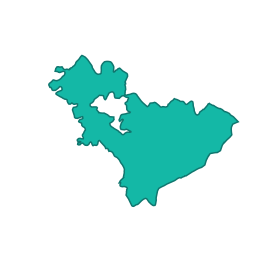 outline of Fayyum, Al Fayyum, Egypt, rotated 31°
{"feature_id": "37247803B48268032297871", "entity_name": "Fayyum", "entity_type": "district", "adm_level": 2, "iso_a3": "EGY", "parent_name": "Egypt", "parent_adm1": "Al Fayyum", "projection": "albers", "projection_center": [30.865, 29.3], "detail": "fine", "context": "isolated", "style": "filled", "palette": "teal", "viewbox_px": 256, "rotation_deg": 31, "n_neighbors": 0, "source": "geoboundaries", "source_scale": "gbopen_adm2", "svg_char_len": 5796}
<svg xmlns="http://www.w3.org/2000/svg" viewBox="0 0 256 256"><g transform="rotate(31 128 128)"><path d="M45.3,117.5L45.3,118.7L44.9,120.5L44.1,122.3L42.7,124.1L40.7,125.0L39.7,125.0L39.0,125.6L38.7,127.5L37.6,130.4L37.8,131.6L38.1,132.0L40.2,133.4L41.0,133.0L41.9,133.3L43.5,134.5L44.4,134.4L46.5,133.0L47.7,129.8L48.2,127.6L49.2,127.2L50.3,127.4L51.7,128.8L51.6,130.0L49.2,133.1L48.4,135.0L48.6,135.8L49.2,136.1L53.5,136.1L55.7,135.9L56.7,136.0L59.1,135.8L60.1,135.3L61.1,135.3L61.6,135.5L62.3,136.5L63.5,137.3L64.7,137.9L65.1,137.9L66.4,137.1L67.0,135.5L69.0,135.6L69.8,135.3L71.6,133.6L72.4,133.4L73.2,135.0L73.0,136.2L72.3,137.0L70.6,138.5L70.9,140.5L71.1,141.1L75.7,145.1L76.6,146.3L77.0,146.5L77.9,146.6L79.8,145.7L82.0,142.8L83.2,141.7L84.3,142.8L84.0,143.9L82.6,145.3L82.2,146.6L82.3,147.5L82.4,147.9L83.0,148.1L85.4,147.8L85.9,148.0L87.2,149.6L88.4,150.0L90.3,150.0L91.0,150.2L91.6,150.6L92.5,151.7L92.3,153.2L92.6,155.2L92.5,157.4L92.8,157.9L93.4,158.5L94.8,159.3L95.2,160.3L93.7,161.2L92.5,161.4L92.0,161.7L91.0,162.6L90.6,164.2L91.1,165.0L91.5,165.2L92.1,165.2L93.6,164.4L94.4,164.2L94.4,165.1L92.7,166.6L93.3,168.0L94.2,168.0L95.2,167.4L95.6,166.9L95.7,166.0L96.1,164.9L97.0,164.3L97.5,164.3L99.4,164.8L100.4,164.7L101.8,164.0L102.3,163.5L102.8,162.2L102.7,160.3L103.1,159.2L103.7,159.2L104.6,159.6L105.6,160.5L106.8,161.2L107.2,161.1L108.0,159.9L109.7,159.3L110.2,158.7L110.3,157.4L109.5,155.2L109.4,154.1L109.8,153.5L110.8,153.6L112.0,154.1L117.8,155.8L119.5,157.1L120.7,156.2L122.0,156.4L122.5,156.7L122.6,157.1L123.7,157.8L124.1,157.3L126.1,156.7L128.0,157.2L130.6,158.9L131.5,159.1L133.8,158.9L135.7,159.4L137.6,160.1L138.2,160.6L140.1,161.7L142.0,162.4L144.6,163.9L146.1,165.1L147.3,167.5L147.9,168.3L149.4,172.6L149.8,172.7L148.6,177.0L148.7,179.5L149.7,178.6L150.0,178.8L150.4,180.8L151.0,181.6L152.0,181.7L153.5,181.2L154.8,180.1L156.5,179.6L158.0,179.7L158.6,180.4L158.6,181.5L159.4,182.9L159.5,183.6L160.1,184.2L160.9,186.5L165.0,188.5L171.2,192.6L172.1,192.7L173.2,192.2L174.6,189.5L175.5,188.7L176.0,187.7L177.1,183.2L177.9,181.2L179.0,179.5L180.1,179.1L181.0,179.2L183.9,180.6L187.3,181.4L189.0,181.5L189.7,181.4L190.9,180.5L191.0,180.0L190.8,179.0L189.4,175.4L188.1,173.4L185.7,166.7L185.5,163.9L187.1,161.1L188.8,158.6L190.2,156.0L195.1,149.0L196.6,145.6L197.6,144.1L199.2,143.5L200.0,141.9L201.1,140.7L201.3,139.7L202.3,139.3L205.4,133.0L206.8,130.7L208.2,128.1L209.5,126.0L211.4,123.8L212.9,120.1L211.7,115.4L211.3,110.3L211.5,110.3L211.5,108.1L211.9,107.3L215.2,104.4L217.2,103.0L218.9,99.8L217.7,94.3L217.8,91.1L218.1,91.2L218.9,87.3L220.1,83.3L220.5,80.4L218.7,78.2L217.0,75.7L216.2,73.9L215.8,70.8L217.7,68.0L219.3,65.9L212.6,64.1L208.9,64.0L207.5,63.3L206.4,63.5L205.4,63.4L204.3,63.7L203.5,63.7L202.4,64.2L199.1,63.7L197.8,63.8L196.8,63.9L196.2,64.4L193.8,64.7L190.8,64.7L190.5,64.6L189.6,64.6L189.2,65.0L186.4,65.1L185.7,65.3L185.1,65.0L184.3,66.2L184.4,67.5L183.5,73.0L182.8,73.3L182.6,74.3L181.3,77.5L181.7,78.9L181.3,80.3L180.8,81.1L180.1,81.3L178.9,81.2L178.3,80.9L176.1,79.3L174.9,77.7L172.7,75.6L170.9,73.1L169.8,72.1L168.6,72.3L167.9,73.1L166.4,77.3L165.4,77.9L164.7,77.8L162.7,77.0L161.4,76.9L159.1,78.3L158.1,78.1L155.4,78.4L153.1,79.0L152.6,79.0L152.4,79.8L152.3,80.9L151.2,83.1L150.7,86.3L150.2,87.0L150.7,88.6L150.6,89.3L149.6,90.6L146.9,91.7L145.8,92.9L144.9,93.2L143.0,92.7L138.8,92.1L137.7,92.3L137.3,92.6L136.7,93.4L134.2,95.3L134.2,98.1L133.9,99.2L133.5,99.8L127.6,98.7L125.4,98.1L119.1,95.5L118.6,95.1L116.9,94.7L115.2,95.2L114.5,95.7L113.8,96.3L112.3,98.2L110.6,99.7L109.9,100.6L108.8,101.0L108.0,100.8L107.1,98.7L106.6,98.0L106.2,96.2L104.3,93.6L103.5,93.0L103.0,92.5L103.0,91.9L103.3,91.4L102.5,90.5L102.2,90.5L101.8,90.2L101.0,83.8L99.8,82.2L98.9,81.8L94.0,81.8L90.1,81.0L89.7,81.3L88.8,82.7L88.7,83.7L87.6,85.2L87.8,86.1L87.2,87.2L86.8,87.4L86.5,87.3L84.8,83.7L84.1,82.7L83.4,82.2L82.3,81.5L80.1,80.4L79.0,80.3L77.4,80.8L75.7,81.7L74.2,82.9L73.7,83.5L73.1,86.0L73.2,88.4L73.4,88.8L74.0,90.1L75.5,92.4L76.7,94.9L76.5,95.8L74.7,97.4L73.9,97.6L71.6,97.4L66.4,94.7L65.5,93.7L64.7,93.1L58.1,90.2L54.9,89.3L51.9,89.4L51.1,89.6L50.7,91.2L50.5,94.6L49.7,97.5L49.6,98.5L50.0,100.4L49.9,101.7L49.5,103.1L49.2,103.4L49.0,104.6L48.6,105.5L47.9,106.2L47.5,107.4L47.9,107.6L47.5,108.4L45.4,109.0L44.8,109.5L44.4,110.1L43.6,110.5L42.6,110.7L40.8,110.0L40.4,109.6L39.9,109.6L38.1,111.0L37.1,111.2L35.7,112.1L35.5,114.2L36.3,116.9L38.6,115.9L39.6,116.0L41.0,115.5L43.2,112.8L44.2,112.4L44.8,112.5L45.8,113.3L46.2,115.5L45.9,116.5L45.5,117.4L45.3,117.5ZM113.3,102.6L113.3,104.1L113.7,105.6L112.7,107.8L113.1,108.8L114.4,109.1L115.2,109.5L117.5,112.8L119.1,113.5L121.7,113.3L121.7,114.1L120.2,115.3L118.8,117.0L115.9,119.5L115.5,120.2L115.4,121.4L115.9,123.1L116.2,125.7L117.0,126.4L117.6,126.5L118.2,124.2L118.9,123.3L119.5,123.3L119.8,124.0L119.7,127.1L120.6,130.6L121.6,132.1L122.8,132.8L125.9,131.4L127.0,130.1L127.5,129.8L132.2,129.5L132.5,129.9L132.0,130.6L129.7,131.8L129.1,132.4L128.2,133.8L127.8,135.4L127.4,136.1L126.4,136.6L123.8,135.9L122.5,136.0L122.0,135.7L120.7,135.5L116.4,135.6L114.8,135.4L113.0,135.4L111.5,134.9L110.0,133.6L110.0,133.3L111.2,130.9L111.6,129.6L111.6,127.8L110.8,127.0L110.2,125.9L106.6,127.7L103.6,127.2L99.9,127.5L98.5,128.4L96.8,129.2L96.1,129.5L95.3,129.5L95.0,129.9L94.3,129.4L91.7,128.5L91.3,126.5L90.3,126.2L88.9,126.9L86.1,128.7L84.5,128.7L83.6,127.9L83.2,126.8L83.7,125.6L84.2,124.9L84.7,123.1L84.4,120.8L86.0,116.9L86.6,114.7L87.9,114.1L88.2,113.8L90.3,113.0L92.5,115.1L93.6,115.5L94.1,115.3L94.2,113.6L93.9,112.3L93.9,109.3L93.6,108.3L94.3,106.8L95.5,105.4L95.9,105.1L96.4,105.0L98.0,105.4L99.5,106.8L99.6,107.2L100.5,108.2L101.4,108.8L102.0,108.7L105.2,107.1L106.1,104.0L106.7,103.3L108.0,102.2L108.2,102.6L110.3,102.6L112.7,101.9L113.3,102.6Z" fill="#14b8a6" stroke="#0f766e" stroke-width="1.5"/></g></svg>